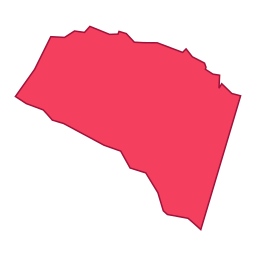 the district of Louisa, Virginia, United States of America
{"feature_id": "52423323B75388125426671", "entity_name": "Louisa", "entity_type": "district", "adm_level": 2, "iso_a3": "USA", "parent_name": "United States of America", "parent_adm1": "Virginia", "projection": "equal_earth", "projection_center": [-77.968, 37.941], "detail": "fine", "context": "isolated", "style": "filled", "palette": "rose", "viewbox_px": 256, "rotation_deg": 0, "n_neighbors": 0, "source": "geoboundaries", "source_scale": "gbopen_adm2", "svg_char_len": 622}
<svg xmlns="http://www.w3.org/2000/svg" viewBox="0 0 256 256"><path d="M104.2,145.3L120.7,151.1L128.0,164.2L130.1,168.0L145.8,172.9L157.9,192.7L163.3,210.8L167.4,214.5L188.0,218.3L192.1,221.8L200.8,229.6L220.2,164.4L240.6,95.8L231.8,93.5L221.7,83.7L219.0,88.2L219.6,75.2L212.8,74.1L205.4,69.3L206.0,67.2L204.5,63.1L192.3,56.8L186.1,48.9L182.6,52.4L157.2,42.8L143.8,42.7L134.3,42.2L126.3,33.6L119.0,31.4L118.0,34.1L109.6,34.4L89.9,26.4L84.5,32.4L74.5,31.0L64.6,37.4L50.8,36.7L34.6,69.4L15.4,96.5L26.3,103.6L43.2,109.9L46.9,113.9L52.3,120.1L63.6,123.5L104.2,145.3Z" fill="#f43f5e" stroke="#9f1239" stroke-width="1.5"/></svg>